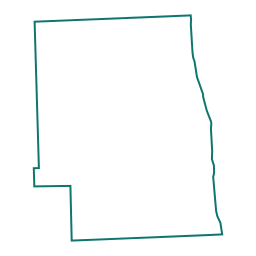 Sanilac, Michigan, United States of America (Mercator projection)
{"feature_id": "52423323B29368919737567", "entity_name": "Sanilac", "entity_type": "district", "adm_level": 2, "iso_a3": "USA", "parent_name": "United States of America", "parent_adm1": "Michigan", "projection": "mercator", "projection_center": [-82.674, 43.422], "detail": "fine", "context": "isolated", "style": "outline", "palette": "teal", "viewbox_px": 256, "rotation_deg": 0, "n_neighbors": 0, "source": "geoboundaries", "source_scale": "gbopen_adm2", "svg_char_len": 470}
<svg xmlns="http://www.w3.org/2000/svg" viewBox="0 0 256 256"><path d="M71.7,240.6L209.4,235.0L222.2,234.4L220.4,222.8L217.3,216.1L216.1,210.8L213.2,177.1L214.1,172.7L213.9,165.4L211.9,159.2L212.2,151.0L210.9,128.2L211.3,124.3L211.1,121.8L206.8,110.7L203.1,96.8L203.1,94.4L197.0,77.1L194.5,61.3L193.2,57.7L192.5,52.3L190.8,24.2L191.1,20.2L190.7,15.4L34.6,21.7L38.9,168.1L33.8,168.2L34.3,186.4L70.4,185.9L71.7,240.6Z" fill="none" stroke="#0f766e" stroke-width="2"/></svg>